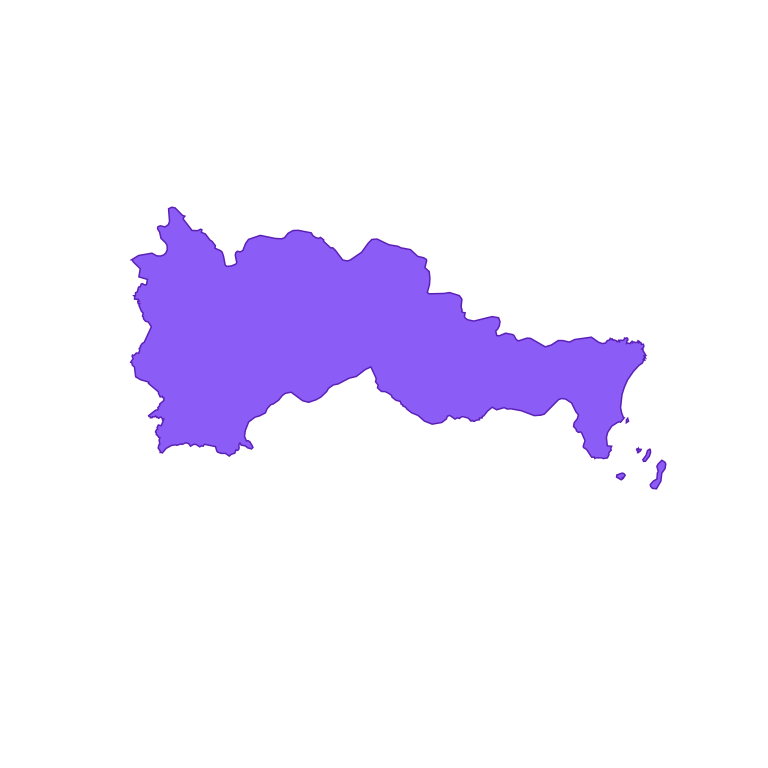 outline of Bengkayang, Kalimantan Barat, Indonesia, rotated 219°
{"feature_id": "22746128B96004883426087", "entity_name": "Bengkayang", "entity_type": "district", "adm_level": 2, "iso_a3": "IDN", "parent_name": "Indonesia", "parent_adm1": "Kalimantan Barat", "projection": "albers", "projection_center": [109.504, 1.033], "detail": "fine", "context": "isolated", "style": "filled", "palette": "violet", "viewbox_px": 768, "rotation_deg": 219, "n_neighbors": 0, "source": "geoboundaries", "source_scale": "gbopen_adm2", "svg_char_len": 6176}
<svg xmlns="http://www.w3.org/2000/svg" viewBox="0 0 768 768"><g transform="rotate(219 384 384)"><path d="M658.4,321.5L657.4,321.9L655.8,321.1L646.0,320.2L641.9,313.0L633.7,316.4L631.1,311.7L632.6,310.3L635.0,309.9L635.6,309.0L634.7,306.1L635.6,305.2L635.5,304.3L633.7,300.3L634.5,298.6L632.8,296.2L633.9,295.2L632.8,295.1L631.3,293.0L628.3,295.1L626.3,294.2L627.5,293.3L625.6,291.7L624.4,292.6L623.8,290.8L618.1,287.8L615.8,287.6L614.4,284.7L613.0,284.5L611.9,283.3L608.8,282.7L606.3,283.9L600.8,282.1L596.6,265.5L597.4,263.4L597.2,260.1L596.5,259.7L596.5,257.4L595.1,256.6L594.1,253.5L596.0,252.2L596.2,248.8L597.7,248.2L597.3,247.1L594.9,245.8L594.6,241.5L593.2,241.8L591.6,240.3L588.6,240.1L581.5,233.3L575.6,234.2L568.0,237.5L567.7,236.4L566.5,236.2L554.3,235.9L553.5,234.9L549.8,233.1L548.6,234.8L547.5,234.2L546.2,234.7L544.7,232.5L545.7,227.3L544.9,226.6L544.8,223.1L544.0,222.9L543.6,221.4L545.0,220.0L547.0,211.3L546.3,210.9L544.8,211.5L544.3,210.8L543.0,211.9L543.2,212.9L541.5,214.3L541.2,215.5L539.6,215.0L539.4,215.5L537.5,215.6L537.1,217.4L536.3,218.0L534.3,217.5L533.2,218.1L533.5,216.6L532.4,216.4L530.9,211.4L533.6,210.1L532.9,207.3L531.6,206.6L532.0,204.9L531.4,202.9L530.4,202.9L529.0,201.3L527.8,201.6L525.7,200.8L524.5,201.3L523.4,198.8L520.4,196.2L520.7,195.2L519.2,192.1L515.6,191.0L514.9,189.9L513.0,191.2L512.9,190.3L512.8,196.8L510.5,202.5L507.7,205.6L506.5,205.9L504.0,209.6L502.7,210.2L501.1,213.6L498.3,214.7L495.2,213.9L494.0,217.3L491.9,218.8L487.6,219.2L487.2,220.7L485.4,221.9L485.7,223.9L485.1,224.4L475.6,229.3L471.6,226.6L470.3,226.4L466.9,227.6L463.5,230.3L458.9,230.6L458.4,233.3L456.4,236.4L457.6,239.6L456.1,240.2L455.7,241.3L456.2,242.9L458.7,245.6L458.8,247.4L456.6,246.6L452.8,248.6L449.7,248.6L446.1,250.2L445.9,252.2L448.1,253.3L452.1,254.7L454.1,254.4L455.1,253.2L459.4,255.5L462.4,260.3L465.3,269.3L463.4,277.0L460.6,281.0L458.0,286.9L459.3,291.1L459.0,296.7L457.5,298.8L455.7,305.2L455.8,310.8L455.2,313.4L454.5,315.1L451.0,319.2L436.7,319.8L431.1,322.3L426.9,328.9L424.8,334.3L423.8,341.9L424.4,345.7L422.8,351.4L419.6,355.3L414.7,366.7L410.3,372.4L407.7,383.3L405.0,389.0L394.7,384.0L393.2,383.0L392.0,380.4L387.9,379.5L386.6,376.9L381.3,376.6L378.3,378.8L374.1,379.8L370.9,379.8L369.4,378.8L364.4,378.9L360.5,380.7L357.8,379.1L356.5,379.6L355.4,378.8L352.4,379.6L350.5,378.9L344.6,379.0L337.7,381.0L329.3,380.6L321.3,383.1L314.9,390.4L313.5,396.2L314.5,398.7L313.1,401.0L306.7,401.4L305.9,403.8L303.7,404.7L303.1,407.4L301.8,408.5L297.0,410.5L293.0,409.9L292.6,411.2L291.1,411.2L290.1,412.1L289.7,413.8L287.3,416.3L288.4,417.6L286.4,419.4L287.3,420.6L286.4,422.0L286.5,428.1L285.3,434.0L280.2,434.9L275.7,441.3L272.6,442.0L269.6,444.7L260.4,449.7L247.3,454.0L242.5,458.5L240.5,461.4L238.5,481.7L236.9,484.4L233.4,486.6L226.2,487.3L217.2,483.1L213.5,482.4L211.9,478.7L211.8,473.5L210.0,470.3L206.1,469.7L205.0,468.7L202.6,468.7L201.0,470.5L199.9,470.5L192.2,466.6L190.1,461.2L189.0,460.2L185.3,460.6L176.6,457.8L174.5,459.5L173.3,458.8L173.0,459.9L168.3,463.6L166.7,464.0L163.9,467.1L164.6,470.6L166.0,471.9L165.8,475.6L167.4,476.8L167.9,478.9L171.3,476.6L171.9,476.8L177.4,482.3L179.7,487.0L180.5,494.6L178.3,501.2L177.3,502.7L176.1,503.2L176.0,508.9L177.0,508.7L180.9,510.9L185.3,514.5L192.4,525.6L195.3,533.0L197.3,540.4L198.1,550.6L197.6,558.8L196.4,562.9L197.1,565.9L196.3,566.7L197.0,567.1L197.3,566.2L198.1,566.3L197.7,568.2L198.9,568.9L197.5,569.0L199.2,570.0L198.4,571.0L204.1,573.1L204.6,574.0L205.7,573.5L205.3,575.6L206.2,577.4L207.6,578.1L208.9,576.7L210.1,577.8L211.4,577.5L211.9,576.4L212.3,577.7L213.8,577.5L213.3,576.3L214.8,574.3L216.4,573.9L216.7,572.6L218.1,573.3L218.3,571.4L217.8,570.6L220.4,569.1L221.0,568.1L222.4,570.5L222.1,571.6L223.2,572.7L224.3,572.7L224.3,571.8L226.0,571.1L225.3,569.5L225.8,568.2L228.2,566.6L227.6,565.1L229.1,565.5L228.9,564.1L229.8,563.5L230.4,563.9L233.0,563.1L233.7,562.1L235.2,562.7L235.5,561.8L236.9,561.8L236.4,560.1L237.8,558.3L237.6,555.3L239.9,552.7L243.5,551.5L252.3,550.9L263.7,538.7L266.3,533.2L272.4,530.3L276.0,527.4L278.5,519.6L282.0,514.4L298.8,511.7L301.7,509.7L306.8,501.9L309.6,501.9L313.5,503.5L315.1,503.4L321.5,500.0L324.6,494.2L326.9,492.6L330.5,495.5L330.2,498.1L330.9,501.6L333.1,505.5L336.7,507.6L342.4,504.4L353.8,489.4L359.4,486.6L362.3,486.3L363.9,487.0L365.8,490.4L368.2,489.1L369.4,489.3L369.7,490.5L372.6,492.4L376.8,498.9L381.1,500.1L390.6,496.3L394.4,492.1L405.8,482.4L407.9,482.4L411.2,489.9L414.8,495.0L419.6,499.8L425.5,500.2L428.3,506.4L429.4,507.5L432.6,507.1L438.1,504.4L448.0,505.1L456.5,500.5L459.8,499.8L467.8,495.3L480.6,492.3L484.4,488.7L484.9,483.6L484.3,472.3L488.3,458.9L490.3,456.3L494.2,454.4L506.0,457.3L509.6,457.6L511.1,456.2L520.8,456.9L521.5,458.0L525.5,458.0L526.6,455.9L529.4,454.8L532.7,454.5L535.6,455.7L547.3,449.5L551.3,446.0L553.4,440.8L553.4,435.1L555.0,432.3L560.6,428.4L573.7,421.6L580.3,411.1L580.0,406.2L577.7,398.9L578.9,396.2L581.5,394.9L581.8,392.8L580.7,390.6L574.8,385.6L574.6,384.0L576.9,379.7L580.2,376.5L582.3,376.5L589.1,382.3L592.7,384.6L594.9,384.8L600.8,383.1L602.1,385.4L607.3,386.6L610.1,386.4L617.3,388.2L621.3,386.9L622.7,389.3L624.0,388.8L625.3,385.9L629.8,382.5L643.6,385.8L644.3,386.4L644.4,389.1L646.9,388.2L657.1,389.4L660.1,387.9L661.7,384.6L653.0,375.4L651.9,372.1L653.0,368.3L657.2,366.3L658.6,364.2L658.5,363.2L657.3,362.0L653.8,360.7L648.9,356.8L642.8,356.3L639.9,355.3L636.9,351.9L636.1,348.7L636.3,345.9L638.1,342.9L641.2,340.6L646.7,339.6L655.6,329.4L658.4,321.5ZM109.8,471.8L106.3,474.0L107.7,482.8L112.0,489.5L112.3,495.0L114.7,499.2L116.5,500.0L120.1,499.6L120.6,494.2L120.1,491.7L115.9,488.7L115.5,486.8L112.1,481.9L113.6,478.0L113.8,473.5L112.3,472.2L109.8,471.8ZM136.5,500.6L137.3,498.1L135.4,493.4L135.3,488.2L133.6,487.2L132.2,488.5L132.3,494.9L133.9,498.8L135.9,500.7L136.5,500.6ZM144.7,458.0L139.4,458.8L138.8,460.8L139.7,461.2L138.8,461.7L139.2,465.0L141.4,465.3L142.9,464.6L145.8,459.8L144.7,458.0ZM144.3,491.2L143.7,490.3L142.9,491.1L143.6,492.1L142.6,493.0L143.0,495.0L144.9,493.7L145.8,494.1L145.5,493.1L146.6,492.9L146.4,491.9L144.3,491.2ZM171.3,506.4L170.5,508.9L173.0,510.7L173.0,508.6L171.3,506.4Z" fill="#8b5cf6" stroke="#5b21b6" stroke-width="1.5"/></g></svg>